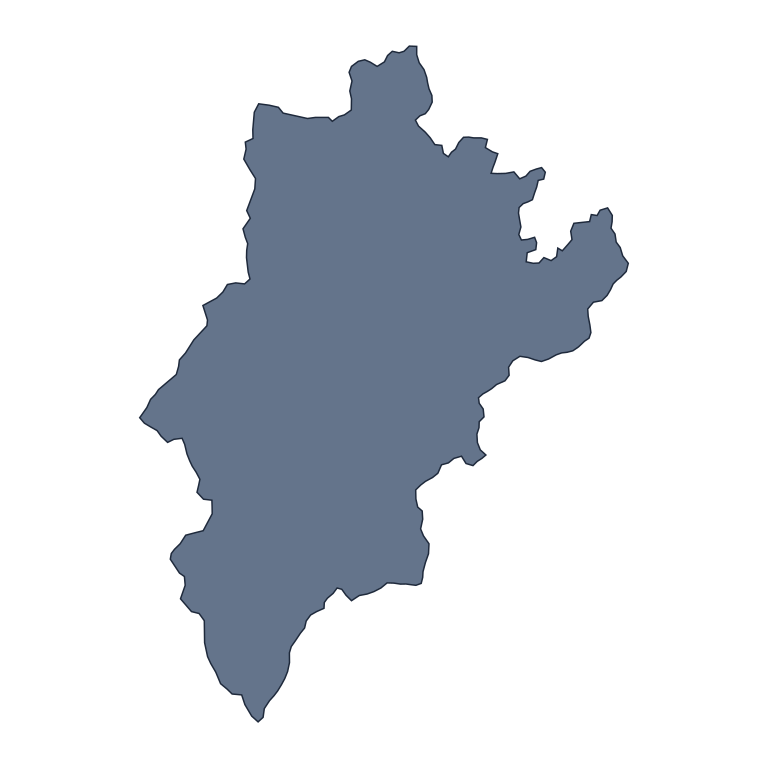 Poços de Caldas, Minas Gerais, Brazil (Robinson projection)
{"feature_id": "56859067B58227572587527", "entity_name": "Poços de Caldas", "entity_type": "district", "adm_level": 2, "iso_a3": "BRA", "parent_name": "Brazil", "parent_adm1": "Minas Gerais", "projection": "robinson", "projection_center": [-46.542, -21.82], "detail": "fine", "context": "isolated", "style": "filled", "palette": "slate", "viewbox_px": 768, "rotation_deg": 0, "n_neighbors": 0, "source": "geoboundaries", "source_scale": "gbopen_adm2", "svg_char_len": 3673}
<svg xmlns="http://www.w3.org/2000/svg" viewBox="0 0 768 768"><path d="M351.5,600.7L359.3,595.5L367.2,594.0L373.9,591.6L380.9,588.0L387.1,582.9L393.8,583.1L400.5,584.1L406.0,584.0L411.0,584.7L415.9,585.3L421.2,583.4L422.7,577.4L423.0,571.7L425.4,562.6L428.5,553.8L429.0,543.8L423.5,535.9L420.6,528.9L422.7,519.2L422.2,511.0L417.7,507.1L415.9,499.0L415.7,489.9L420.6,485.1L425.4,481.4L432.7,477.4L437.9,473.2L441.5,464.8L448.4,462.9L453.9,458.4L461.5,456.2L466.0,463.5L473.0,465.6L477.2,461.4L481.9,458.4L485.9,455.0L480.3,449.9L477.4,442.6L476.9,434.1L479.0,427.7L479.2,421.7L484.0,416.9L483.2,409.0L479.2,403.3L478.5,397.7L482.9,393.9L487.4,391.4L491.6,388.7L496.6,384.5L505.0,380.8L509.1,375.3L508.6,367.2L512.8,360.8L519.9,356.3L528.0,357.5L535.1,359.9L541.4,361.5L548.6,359.0L556.3,354.8L561.7,352.9L567.0,352.3L572.8,350.8L578.5,346.9L584.5,341.2L589.0,338.2L590.9,332.6L589.9,325.1L588.2,316.3L587.7,309.0L593.4,302.2L601.9,300.6L607.1,295.4L610.5,289.7L613.1,284.0L616.7,280.3L620.9,277.0L626.2,271.5L628.3,263.3L622.7,255.8L620.2,247.5L616.2,242.1L615.0,234.0L611.0,228.2L612.1,221.8L612.3,215.4L607.6,207.9L600.1,210.2L597.1,215.5L591.3,214.6L589.6,221.6L582.0,222.4L573.9,223.3L570.7,231.2L572.0,239.6L567.8,244.6L562.3,250.8L557.8,248.1L556.6,256.7L551.1,260.6L543.9,257.6L539.0,263.0L533.2,263.3L526.2,261.8L527.2,252.7L535.8,249.6L536.6,242.7L534.6,237.3L527.7,239.4L521.4,240.0L518.8,234.5L520.9,227.0L519.6,219.7L518.5,213.1L519.1,207.5L523.2,203.6L527.9,201.9L532.4,199.7L534.6,192.8L536.7,187.0L538.2,180.4L543.7,179.1L545.3,172.2L541.6,167.6L536.4,169.0L530.1,171.3L525.9,176.1L519.7,178.8L513.9,171.9L505.7,173.4L497.3,173.6L491.1,173.3L492.9,167.6L495.0,162.1L497.8,153.7L492.3,151.8L485.4,147.6L487.4,139.4L481.4,137.9L473.8,137.9L468.7,137.1L463.5,137.3L458.8,142.5L455.5,149.1L451.5,152.2L448.3,156.8L443.4,153.4L441.8,145.4L434.8,144.6L430.3,137.9L425.3,132.2L418.5,126.1L415.4,120.1L419.9,115.8L425.3,113.7L428.7,109.5L432.2,102.1L431.9,95.5L429.0,88.8L427.6,82.8L426.7,77.4L424.0,69.6L419.2,62.8L416.7,54.7L416.7,46.4L409.3,46.1L404.0,51.3L399.1,52.8L392.3,51.3L387.6,55.5L384.4,61.9L377.1,66.4L370.3,62.2L364.8,59.8L358.3,61.3L351.5,66.4L349.1,72.3L352.0,81.0L349.8,91.0L351.5,98.8L351.3,110.0L344.4,114.9L338.8,116.6L332.3,121.3L328.4,117.4L321.7,117.4L315.5,117.4L307.5,118.5L283.1,113.1L278.4,107.3L269.2,105.2L258.7,103.8L254.3,112.2L252.8,129.7L253.0,138.5L245.3,142.1L246.1,149.1L243.8,159.1L250.0,169.8L255.5,178.5L254.8,188.9L246.7,210.6L250.3,218.3L243.0,228.8L245.3,237.3L247.7,243.6L246.7,250.4L246.5,257.6L248.2,272.1L250.0,279.0L244.6,283.9L235.7,282.9L227.4,284.5L222.9,292.0L216.6,298.1L202.9,305.5L207.5,320.0L206.9,325.8L193.8,339.9L185.5,353.0L179.4,359.9L178.6,366.4L176.3,374.5L158.5,389.6L155.4,394.4L150.6,399.3L146.9,407.5L139.7,417.7L144.4,423.2L150.6,426.9L157.1,430.6L161.1,436.2L167.6,442.4L173.9,439.3L182.1,438.3L184.7,444.4L187.0,454.0L189.7,460.8L192.3,466.3L196.2,472.3L199.9,479.3L198.7,485.1L197.0,492.3L203.5,499.2L211.9,500.2L212.1,506.8L212.2,513.8L203.2,530.7L196.0,532.5L185.7,535.2L180.2,543.7L174.5,549.3L171.3,553.5L170.3,559.2L179.5,573.1L184.4,576.5L185.2,585.3L180.5,598.8L191.5,611.6L199.1,613.5L204.3,620.7L204.6,642.7L207.6,656.7L210.8,663.6L215.8,672.2L220.6,683.7L227.1,689.1L232.1,694.0L241.7,694.9L244.9,704.6L251.7,716.1L258.1,721.9L263.1,717.3L264.3,708.6L269.5,700.7L274.0,695.7L277.6,691.0L281.5,684.6L284.8,678.5L287.6,671.5L289.5,662.6L289.4,652.8L291.3,646.5L295.2,641.0L300.4,633.2L304.6,628.0L306.2,621.0L310.6,615.0L316.6,611.6L324.0,608.3L324.3,602.5L327.4,598.2L333.1,593.4L337.1,588.0L341.8,589.3L346.0,595.2L351.5,600.7Z" fill="#64748b" stroke="#1e293b" stroke-width="1.5"/></svg>